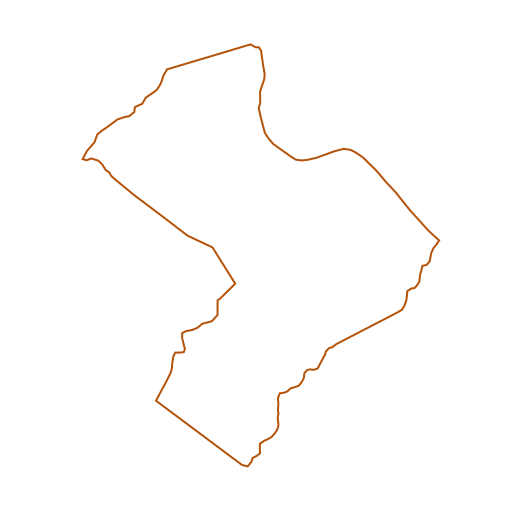 Traipu, Alagoas, Brazil (orthographic projection), rotated 185°
{"feature_id": "56859067B41834380082036", "entity_name": "Traipu", "entity_type": "district", "adm_level": 2, "iso_a3": "BRA", "parent_name": "Brazil", "parent_adm1": "Alagoas", "projection": "orthographic", "projection_center": [-36.97, -9.885], "detail": "fine", "context": "isolated", "style": "outline", "palette": "amber", "viewbox_px": 512, "rotation_deg": 185, "n_neighbors": 0, "source": "geoboundaries", "source_scale": "gbopen_adm2", "svg_char_len": 2031}
<svg xmlns="http://www.w3.org/2000/svg" viewBox="0 0 512 512"><g transform="rotate(185 256 256)"><path d="M172.1,171.8L168.2,175.3L144.1,190.6L136.5,195.4L109.9,212.3L106.0,215.1L103.9,219.2L102.4,224.7L102.2,229.4L102.2,234.2L98.4,237.2L95.4,237.8L93.2,240.5L91.0,244.8L90.9,251.7L90.0,255.8L89.4,260.7L85.4,261.9L82.7,265.5L82.2,269.1L81.7,274.2L79.8,279.5L77.8,282.3L74.9,287.4L86.8,296.6L107.0,315.4L122.6,331.8L132.5,340.6L137.7,345.8L143.4,351.4L147.3,354.7L151.8,358.3L157.6,363.2L165.2,367.6L171.1,370.0L178.1,370.4L186.6,367.3L190.2,365.7L204.6,359.0L213.0,356.3L218.6,355.2L224.6,355.4L228.9,357.5L248.6,369.1L254.1,374.5L258.0,379.7L263.6,395.3L264.6,398.6L266.2,403.6L265.1,408.8L266.3,419.9L263.2,432.9L263.2,437.9L265.8,447.6L268.8,460.9L271.4,464.2L274.6,463.9L279.9,466.3L360.9,434.2L364.0,427.5L365.1,422.4L366.7,417.6L369.4,412.8L372.4,410.0L376.3,406.9L379.6,404.1L382.6,397.7L386.9,395.4L389.6,393.8L389.8,388.8L394.6,384.2L398.7,383.1L405.9,380.0L410.9,375.5L417.2,370.0L420.7,367.3L424.6,363.3L426.9,355.1L433.5,346.0L437.1,337.5L433.0,336.6L428.8,338.8L421.5,337.3L417.4,334.1L413.2,328.5L409.3,326.3L407.4,323.4L404.9,321.3L386.4,308.6L383.8,306.8L379.6,304.1L361.6,292.9L325.9,270.3L314.9,266.2L300.1,260.8L274.3,226.6L288.0,210.5L290.4,208.5L289.2,193.9L294.1,187.3L303.7,183.7L307.8,179.6L313.0,176.8L318.9,175.2L322.8,172.8L322.4,167.7L318.7,157.0L319.6,153.9L323.5,153.1L328.1,152.7L329.6,148.6L330.1,141.1L330.0,136.8L330.8,132.4L334.5,122.9L338.4,114.0L343.0,103.1L251.7,46.6L245.9,45.7L242.9,50.1L241.7,54.5L237.7,57.1L234.8,59.7L235.4,64.5L235.7,69.3L232.0,72.5L228.5,74.4L224.9,76.9L221.5,81.4L219.5,85.5L218.9,89.7L219.7,93.9L220.3,97.2L219.8,100.9L220.7,104.1L220.8,107.9L220.9,111.5L221.8,116.2L220.3,121.3L216.0,122.3L212.9,123.9L210.0,127.2L205.6,128.9L202.3,130.3L199.6,134.1L197.7,138.7L197.6,143.4L195.3,146.7L192.4,147.8L188.6,147.6L184.7,149.4L183.4,152.7L182.0,156.0L180.3,160.1L178.6,163.9L178.1,167.0L175.2,170.6L172.1,171.8Z" fill="none" stroke="#b45309" stroke-width="2"/></g></svg>